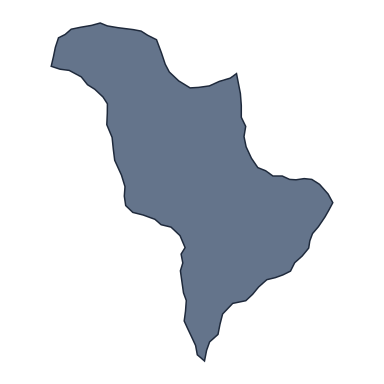 outline of São Francisco, São Paulo, Brazil
{"feature_id": "56859067B66233126169739", "entity_name": "São Francisco", "entity_type": "district", "adm_level": 2, "iso_a3": "BRA", "parent_name": "Brazil", "parent_adm1": "São Paulo", "projection": "natural_earth1", "projection_center": [-50.676, -20.373], "detail": "fine", "context": "isolated", "style": "filled", "palette": "slate", "viewbox_px": 384, "rotation_deg": 0, "n_neighbors": 0, "source": "geoboundaries", "source_scale": "gbopen_adm2", "svg_char_len": 1299}
<svg xmlns="http://www.w3.org/2000/svg" viewBox="0 0 384 384"><path d="M332.8,202.7L328.1,194.0L319.5,184.3L311.8,179.4L304.2,178.6L296.0,179.8L289.6,179.4L282.2,176.0L272.9,176.0L265.7,170.8L257.8,167.6L251.4,158.2L246.1,146.8L244.0,136.6L245.7,126.4L241.3,117.3L241.3,105.6L240.4,93.6L236.5,73.6L230.3,78.1L219.3,81.4L209.4,85.9L198.6,87.4L190.1,87.9L178.7,80.9L169.3,72.0L165.2,64.2L161.4,52.8L156.5,39.7L147.7,35.3L141.1,31.1L133.2,29.6L118.0,27.7L107.3,25.9L100.2,23.0L91.5,25.4L80.9,27.2L71.2,29.2L65.1,34.5L58.5,37.8L55.4,47.2L53.4,56.9L51.2,66.3L60.0,69.2L69.2,70.4L81.3,76.9L87.5,84.7L94.7,89.2L103.0,97.0L107.4,103.8L107.3,113.2L106.8,124.7L112.1,137.4L113.3,149.1L114.7,160.3L121.5,175.2L125.0,186.7L124.3,196.1L125.7,205.6L132.8,212.4L143.1,215.0L154.9,219.3L161.1,224.7L171.0,227.1L180.0,235.6L185.1,247.6L181.1,254.1L182.8,263.0L180.4,270.8L182.0,282.2L183.5,292.9L186.3,300.5L185.5,311.2L184.2,321.0L187.2,327.6L191.8,337.3L195.6,345.5L197.3,354.8L204.5,361.0L206.6,350.3L209.6,341.9L218.0,334.4L220.0,324.2L222.6,314.0L232.7,303.4L245.8,300.7L252.7,294.2L258.6,287.0L266.8,279.7L275.4,277.6L282.9,274.9L290.5,271.1L294.7,262.7L302.2,256.0L308.7,248.1L309.8,240.9L312.5,233.6L318.4,226.7L325.0,216.9L328.7,210.4L332.8,202.7Z" fill="#64748b" stroke="#1e293b" stroke-width="1.5"/></svg>